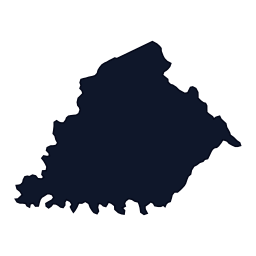 Urupema, Santa Catarina, Brazil
{"feature_id": "56859067B45014114874295", "entity_name": "Urupema", "entity_type": "district", "adm_level": 2, "iso_a3": "BRA", "parent_name": "Brazil", "parent_adm1": "Santa Catarina", "projection": "robinson", "projection_center": [-49.915, -28.011], "detail": "fine", "context": "isolated", "style": "filled", "palette": "ink", "viewbox_px": 256, "rotation_deg": 0, "n_neighbors": 0, "source": "geoboundaries", "source_scale": "gbopen_adm2", "svg_char_len": 3014}
<svg xmlns="http://www.w3.org/2000/svg" viewBox="0 0 256 256"><path d="M15.4,199.2L17.1,201.9L20.0,203.0L22.8,203.0L25.7,203.4L27.0,205.8L29.5,207.1L30.2,203.8L33.3,203.2L35.5,206.1L38.3,206.0L39.1,202.6L40.1,199.5L41.6,197.3L44.4,195.6L47.1,193.8L49.3,193.7L52.2,194.7L53.8,197.6L51.9,200.1L48.4,202.0L45.9,203.5L46.2,206.1L48.6,207.9L51.0,206.2L53.0,203.7L56.2,204.0L58.6,205.4L60.6,207.0L63.1,207.5L64.8,205.1L64.7,202.1L66.5,199.6L70.2,201.4L72.1,204.6L70.4,206.9L71.8,209.7L73.4,212.2L74.9,210.3L76.8,207.1L78.6,203.0L82.0,203.1L85.3,201.3L88.9,203.5L90.3,207.3L92.5,210.8L94.0,212.5L97.0,213.7L98.5,211.2L97.5,207.3L98.4,203.5L101.2,203.8L103.3,205.8L105.8,206.5L107.1,204.5L108.4,202.0L111.5,203.2L114.7,205.7L114.9,209.4L118.4,212.5L121.5,213.7L124.1,214.1L124.6,210.6L122.2,207.8L125.3,206.2L124.4,203.2L125.8,200.7L128.7,198.6L132.0,199.3L134.8,201.1L138.3,202.0L139.3,204.5L140.2,207.7L140.8,212.2L144.0,214.4L147.2,213.3L145.1,209.3L144.9,206.2L146.8,204.9L148.7,203.5L150.7,201.7L153.4,203.2L154.8,205.7L158.1,206.3L160.9,206.3L163.2,205.1L165.0,206.6L166.1,204.0L167.8,202.3L170.2,201.5L171.3,197.9L172.1,194.7L174.3,192.0L177.5,192.0L180.2,189.7L182.1,187.8L184.2,185.5L185.5,183.3L186.9,179.1L188.2,176.1L190.6,174.2L191.4,170.1L193.8,166.2L196.6,164.8L199.7,162.4L203.0,161.3L204.6,159.3L207.6,158.6L209.5,154.7L211.0,151.5L212.4,149.2L214.5,147.6L216.7,147.3L218.5,145.8L221.0,142.6L222.7,139.8L225.1,140.2L227.4,141.2L229.1,143.2L232.1,144.9L235.2,146.3L237.8,146.3L240.6,145.5L239.7,142.8L236.9,140.9L233.5,137.5L230.2,135.1L229.5,132.6L228.4,130.5L226.6,127.4L225.8,123.6L223.3,121.3L221.0,119.1L219.6,116.2L216.0,117.3L213.8,119.0L212.5,116.7L208.7,114.0L206.8,112.3L206.7,109.2L206.7,105.8L205.5,103.4L203.3,102.8L200.7,100.9L197.9,98.1L197.9,95.3L197.8,92.3L195.8,88.5L192.7,86.9L190.5,87.4L189.2,90.0L187.8,92.8L184.7,93.4L181.2,91.5L178.8,90.1L176.0,87.3L172.6,85.1L170.6,84.7L168.0,82.2L167.7,79.3L165.6,77.6L162.5,75.1L163.8,71.6L165.9,70.4L167.7,68.9L169.7,66.5L170.8,63.4L167.0,61.4L164.3,58.6L162.9,56.0L161.1,51.2L161.0,48.3L159.5,46.4L156.8,44.0L152.4,41.6L116.9,58.6L114.7,58.0L112.1,59.4L109.4,60.7L107.1,62.1L104.8,63.1L102.0,64.9L99.8,67.6L98.2,70.2L97.4,73.3L95.2,75.7L92.4,76.6L88.9,77.3L86.1,78.2L83.6,78.7L81.0,79.5L80.1,82.6L81.1,85.3L80.0,88.4L82.0,90.5L83.0,93.4L80.6,95.9L78.2,98.2L77.3,102.2L77.8,105.3L79.5,107.4L80.2,109.8L78.9,113.6L76.3,115.2L73.2,115.5L70.7,115.8L68.5,116.2L66.6,117.9L65.8,120.2L63.6,123.0L60.5,122.9L58.6,122.1L56.6,120.7L54.2,122.3L54.2,126.1L53.8,130.0L53.2,133.6L55.0,135.7L56.0,139.6L57.8,142.9L56.0,145.4L53.6,145.9L50.6,146.0L47.2,147.6L46.5,150.4L49.1,153.1L49.5,155.8L47.3,156.6L43.6,155.9L41.8,158.2L43.7,160.6L45.5,163.6L47.0,166.8L46.2,170.7L42.6,170.9L41.9,174.5L43.9,177.2L41.8,179.0L37.8,178.7L35.6,175.9L32.5,175.1L29.5,176.7L27.3,176.2L24.9,176.8L23.4,179.7L22.8,182.6L20.6,184.8L18.4,185.3L16.2,185.5L17.1,188.9L20.2,191.4L22.3,194.9L19.5,197.5L17.9,199.0L15.4,199.2Z" fill="#0f172a" stroke="#020617" stroke-width="1.5"/></svg>